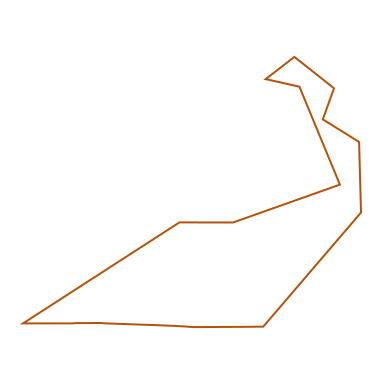 Bristol, Virginia, United States of America
{"feature_id": "52423323B64207723161036", "entity_name": "Bristol", "entity_type": "district", "adm_level": 2, "iso_a3": "USA", "parent_name": "United States of America", "parent_adm1": "Virginia", "projection": "equal_earth", "projection_center": [-82.171, 36.636], "detail": "fine", "context": "isolated", "style": "outline", "palette": "amber", "viewbox_px": 384, "rotation_deg": 0, "n_neighbors": 0, "source": "geoboundaries", "source_scale": "gbopen_adm2", "svg_char_len": 417}
<svg xmlns="http://www.w3.org/2000/svg" viewBox="0 0 384 384"><path d="M23.0,323.4L63.7,323.4L66.0,323.4L71.6,323.4L75.9,323.1L102.2,323.0L103.5,323.3L157.6,325.2L176.7,326.0L185.3,326.5L193.3,327.1L250.5,326.8L255.8,326.7L263.2,326.7L361.0,212.5L359.1,142.0L322.8,119.4L334.0,88.3L294.4,56.9L265.6,79.1L299.4,86.7L339.9,184.6L233.0,222.5L179.4,222.4L23.0,323.4Z" fill="none" stroke="#b45309" stroke-width="2"/></svg>